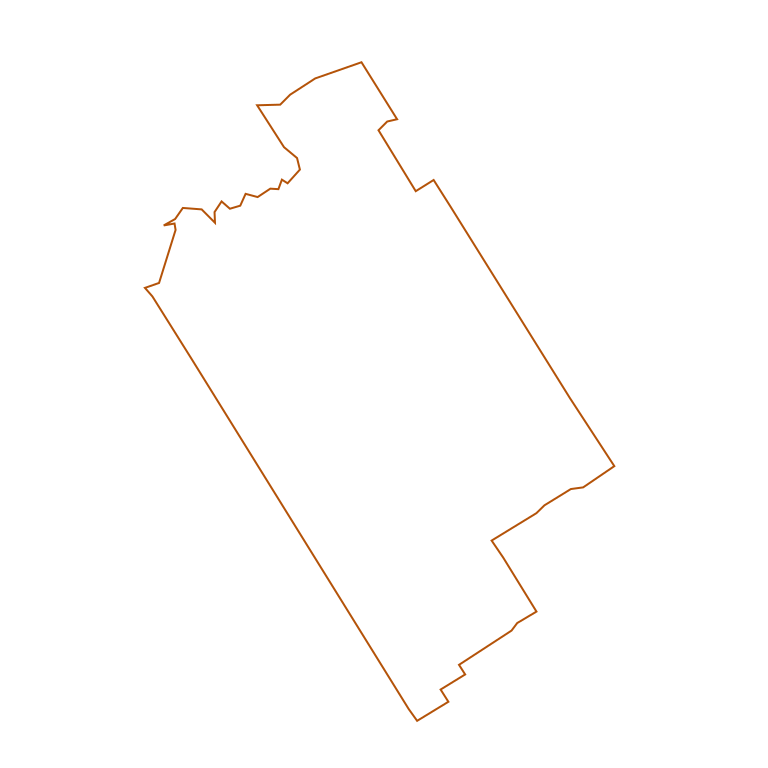 Glenn, California, United States of America, rotated 238°
{"feature_id": "52423323B940291063109", "entity_name": "Glenn", "entity_type": "district", "adm_level": 2, "iso_a3": "USA", "parent_name": "United States of America", "parent_adm1": "California", "projection": "mercator", "projection_center": [-122.275, 39.592], "detail": "fine", "context": "isolated", "style": "outline", "palette": "amber", "viewbox_px": 768, "rotation_deg": 238, "n_neighbors": 0, "source": "geoboundaries", "source_scale": "gbopen_adm2", "svg_char_len": 796}
<svg xmlns="http://www.w3.org/2000/svg" viewBox="0 0 768 768"><g transform="rotate(238 384 384)"><path d="M80.8,233.6L80.4,270.2L94.9,270.1L94.7,298.9L106.1,298.8L107.3,361.5L110.7,370.3L110.2,392.7L173.5,393.1L194.2,392.3L193.7,444.8L196.1,455.8L195.9,486.8L190.8,498.1L192.3,535.8L273.4,534.2L499.1,534.4L530.7,534.2L530.7,513.1L602.1,513.8L604.9,525.8L601.6,535.4L668.8,535.4L679.6,487.6L679.1,457.7L675.9,444.0L687.6,424.1L637.8,424.7L621.7,430.0L610.4,426.3L605.3,408.6L611.4,405.7L605.2,397.7L609.9,391.1L609.5,375.9L618.6,367.4L611.4,356.6L614.3,346.2L624.9,343.0L619.6,331.4L610.3,326.1L628.7,321.9L639.9,306.7L634.6,294.3L635.2,281.2L631.1,291.4L625.1,288.9L588.9,246.8L592.2,232.2L581.0,234.0L507.0,234.1L95.3,232.7L80.8,233.6Z" fill="none" stroke="#b45309" stroke-width="2"/></g></svg>